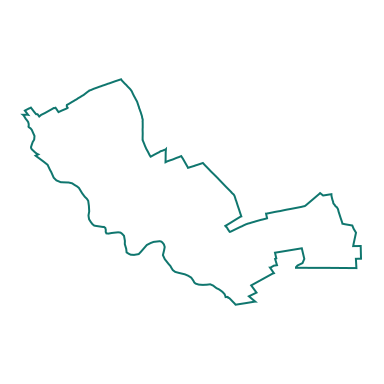 outline of Cordun, Neamt, Romania
{"feature_id": "2599482B24546192512352", "entity_name": "Cordun", "entity_type": "district", "adm_level": 2, "iso_a3": "ROU", "parent_name": "Romania", "parent_adm1": "Neamt", "projection": "natural_earth1", "projection_center": [26.864, 46.98], "detail": "fine", "context": "isolated", "style": "outline", "palette": "teal", "viewbox_px": 384, "rotation_deg": 0, "n_neighbors": 0, "source": "geoboundaries", "source_scale": "gbopen_adm2", "svg_char_len": 5811}
<svg xmlns="http://www.w3.org/2000/svg" viewBox="0 0 384 384"><path d="M360.9,254.5L360.7,246.0L353.2,246.1L353.6,243.8L356.0,232.7L353.6,228.7L352.3,225.5L345.3,224.3L342.4,223.7L342.3,223.0L341.6,220.8L340.6,217.9L339.0,212.9L338.6,211.7L338.0,209.2L336.9,207.3L336.3,206.8L335.8,206.5L335.5,206.2L335.3,205.9L334.9,205.4L334.7,204.9L334.2,204.4L333.7,203.8L333.4,203.4L333.2,202.6L333.1,201.7L332.8,200.9L332.4,199.8L332.2,198.9L332.0,198.2L331.8,197.3L331.5,196.0L331.4,194.2L329.4,194.5L326.3,195.0L323.1,195.5L320.1,193.1L319.3,193.9L316.7,196.1L306.0,205.2L305.2,205.8L304.9,206.0L304.7,206.1L303.7,206.3L301.3,206.9L294.6,208.2L290.9,208.9L286.9,209.6L283.5,210.3L280.0,211.1L279.2,211.2L278.5,211.3L277.9,211.4L276.7,211.6L274.5,212.0L272.2,212.5L270.7,212.8L268.3,213.3L267.5,213.4L267.2,213.5L266.9,213.6L266.6,213.7L266.1,213.7L266.5,215.8L267.1,218.2L267.1,218.3L263.0,219.4L260.8,219.9L255.1,221.5L254.7,221.7L253.5,222.0L251.1,222.7L250.0,223.1L249.1,223.3L247.6,223.7L246.9,224.0L246.2,224.2L243.6,225.4L241.7,226.4L240.6,226.8L237.7,228.2L234.8,229.6L232.2,230.9L230.5,231.7L229.9,231.9L229.7,231.9L227.7,229.0L227.7,228.9L227.6,228.6L226.5,227.0L225.8,226.6L225.5,226.2L225.3,225.9L226.9,225.0L230.2,223.0L232.6,221.5L236.0,219.4L240.6,216.6L241.3,216.4L240.6,214.3L239.7,211.6L239.1,209.7L238.1,206.8L237.5,205.0L236.3,201.2L235.8,200.0L235.3,198.3L234.8,196.7L234.4,195.7L234.1,195.2L233.7,194.5L233.0,193.9L232.7,193.7L232.0,193.0L231.3,192.3L231.3,192.1L229.7,190.5L225.6,186.4L219.0,179.5L218.5,179.0L218.2,178.6L217.9,178.3L216.4,176.8L210.7,171.2L209.4,169.8L206.6,166.9L204.9,165.2L202.9,163.0L197.2,164.9L194.9,165.6L194.7,165.8L194.3,165.9L191.3,166.8L188.0,167.8L187.9,167.5L187.1,166.1L185.9,164.0L182.9,158.7L181.2,156.1L178.6,157.2L177.6,157.5L176.3,158.0L175.3,158.4L173.7,159.1L172.4,159.6L170.5,160.2L167.9,161.1L166.4,161.7L165.8,162.2L165.5,162.3L165.6,159.5L165.7,152.1L165.9,149.2L165.7,149.4L165.1,149.7L164.3,149.9L163.8,150.1L163.0,150.5L161.9,150.9L161.2,151.0L160.8,151.2L160.3,151.4L159.4,152.0L159.0,152.3L158.1,152.7L156.9,153.3L155.4,154.1L154.4,154.6L153.0,155.4L152.1,155.9L151.3,156.3L150.9,156.6L150.6,156.7L149.5,154.9L147.7,151.3L147.3,150.7L146.8,149.7L146.4,149.1L145.7,147.5L145.1,146.2L144.1,143.6L143.1,141.2L142.6,140.0L142.7,139.9L142.6,138.4L142.7,133.7L142.7,133.1L142.6,129.7L142.6,129.1L142.7,127.7L142.7,124.8L142.7,122.6L142.6,121.3L142.7,121.1L142.7,120.9L142.7,120.2L142.7,119.6L142.7,119.3L142.6,119.2L142.4,118.5L142.2,117.9L142.1,117.2L142.0,116.4L141.7,115.4L141.3,114.2L141.1,113.5L140.6,111.9L140.4,111.5L139.9,110.0L139.7,109.4L139.4,108.7L139.2,108.3L139.1,108.0L139.0,107.2L138.9,106.9L138.7,106.5L138.1,104.7L137.7,103.5L137.5,102.9L137.3,102.2L136.7,100.9L136.1,99.9L134.9,97.6L134.1,96.2L132.8,93.6L132.0,91.8L131.4,90.7L130.9,90.1L130.5,89.5L129.9,88.8L128.8,87.7L128.2,87.1L127.8,86.7L127.5,86.4L127.0,85.8L126.0,84.7L125.4,84.2L125.0,83.8L124.2,83.0L123.3,82.0L122.6,81.3L121.7,80.3L121.4,79.8L121.1,79.3L115.3,81.2L109.2,83.4L107.7,83.8L106.5,84.3L104.2,85.1L102.6,85.6L101.1,86.2L99.5,86.7L97.1,87.6L95.4,88.2L93.7,88.8L90.8,90.1L90.0,90.3L89.5,90.5L89.3,90.6L89.2,90.6L88.9,91.0L88.6,91.2L87.9,91.6L85.1,93.8L84.3,94.4L84.2,94.5L83.5,95.1L83.1,95.3L82.8,95.4L81.8,96.0L81.4,96.3L80.8,96.6L80.5,96.9L79.9,97.2L79.3,97.6L78.6,97.9L78.0,98.3L77.1,99.0L76.8,99.2L76.4,99.4L75.6,99.9L75.3,100.0L74.3,100.6L73.9,100.9L72.3,101.8L71.4,102.3L70.7,102.8L69.3,103.6L68.9,103.9L67.7,104.5L66.9,104.9L66.8,105.2L66.8,105.4L66.8,106.0L66.8,106.4L67.0,106.7L67.1,107.0L67.3,107.3L67.5,107.5L67.7,107.8L67.6,108.0L65.3,109.1L64.3,109.5L61.7,110.6L60.0,111.4L58.5,112.1L55.5,107.7L55.4,107.7L55.1,107.9L54.4,108.1L53.8,108.2L53.5,108.1L53.3,108.3L52.6,108.7L51.8,109.2L48.9,110.8L44.8,113.1L41.1,114.9L40.1,115.8L39.4,116.3L39.2,116.5L38.3,115.3L37.8,114.5L37.4,114.2L36.1,114.2L34.1,111.8L30.9,107.6L29.4,108.4L29.1,108.4L24.9,110.6L28.1,114.8L27.5,114.7L26.2,114.7L25.2,114.8L23.0,114.8L23.6,115.3L25.7,118.8L26.8,120.1L28.1,121.9L28.7,124.0L28.7,125.6L28.5,126.6L28.7,127.1L30.6,128.4L31.8,129.9L33.2,133.1L34.5,136.0L34.2,139.4L33.9,140.1L32.7,142.0L31.5,145.5L31.0,147.1L31.2,148.3L31.8,149.3L33.2,150.6L35.0,152.3L36.8,153.7L38.2,154.4L35.6,155.7L43.7,161.7L47.6,164.8L50.0,169.9L51.2,172.0L53.7,177.7L56.4,180.4L58.6,181.3L60.7,182.2L65.4,182.4L68.6,182.5L72.1,183.3L74.8,185.1L76.9,186.3L78.9,187.9L80.3,190.2L82.1,193.2L84.8,196.8L86.8,198.7L88.2,200.8L88.9,205.9L89.2,211.4L88.5,215.4L88.7,217.0L89.1,219.3L90.8,222.0L92.4,224.1L94.2,225.6L95.8,225.9L103.2,227.0L103.9,226.9L105.3,227.9L105.8,229.9L105.7,231.9L106.4,233.4L108.5,233.6L111.6,233.0L115.1,232.6L118.2,232.3L120.5,232.6L122.0,233.7L124.0,235.8L124.9,240.9L124.8,244.1L126.2,248.8L126.6,252.4L128.8,253.8L130.7,254.7L134.0,254.9L138.7,254.1L140.9,251.8L146.8,245.0L150.7,243.0L153.6,241.9L159.7,241.2L161.3,241.6L162.3,242.4L163.9,244.4L164.7,247.0L164.1,250.2L163.1,254.3L162.9,255.1L164.8,259.2L168.6,264.0L170.4,266.0L171.2,267.5L172.8,270.1L175.2,271.9L178.9,272.9L184.8,274.3L188.1,275.7L191.2,277.6L193.3,280.6L194.3,282.5L195.6,283.6L198.8,284.6L202.8,284.9L206.8,284.7L210.2,284.3L213.2,285.6L215.2,287.2L216.7,288.3L217.4,288.6L218.5,289.1L219.2,289.5L221.6,291.2L222.8,292.2L223.5,293.0L224.4,293.9L224.8,294.7L225.2,295.7L225.5,296.6L225.6,297.1L226.9,297.0L227.6,296.9L227.8,297.0L228.3,297.9L228.8,297.9L229.4,298.2L231.1,299.9L232.6,301.5L234.4,303.3L235.6,304.7L245.9,303.1L254.9,301.6L255.2,301.6L248.9,296.3L256.5,292.6L251.2,285.4L272.6,273.6L273.9,273.2L270.1,267.7L270.3,267.7L274.0,265.6L274.3,265.6L277.0,265.2L275.1,258.9L276.3,258.4L275.0,252.7L282.4,251.5L301.8,248.3L304.3,258.9L302.5,263.1L297.5,265.5L296.0,267.2L296.0,267.8L330.2,267.9L356.4,268.1L355.9,258.8L361.0,258.7L360.9,254.5Z" fill="none" stroke="#0f766e" stroke-width="2"/></svg>